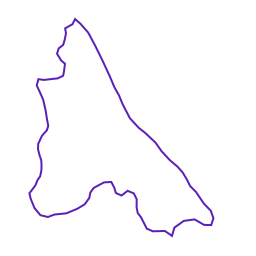 Koma tou Gialou, Cyprus (orthographic projection), rotated 277°
{"feature_id": "46923920B1495178663042", "entity_name": "Koma tou Gialou", "entity_type": "district", "adm_level": 2, "iso_a3": "CYP", "parent_name": "Cyprus", "parent_adm1": "", "projection": "orthographic", "projection_center": [34.126, 35.419], "detail": "fine", "context": "isolated", "style": "outline", "palette": "violet", "viewbox_px": 256, "rotation_deg": 277, "n_neighbors": 0, "source": "geoboundaries", "source_scale": "gbopen_adm2", "svg_char_len": 1147}
<svg xmlns="http://www.w3.org/2000/svg" viewBox="0 0 256 256"><g transform="rotate(277 128 128)"><path d="M165.5,33.1L159.2,32.2L151.1,37.2L145.6,40.4L135.7,44.0L127.6,46.3L120.3,48.6L115.8,47.7L109.9,43.6L101.3,40.8L95.9,41.3L90.0,43.6L85.5,45.8L80.6,46.7L75.6,47.2L69.3,46.7L65.2,44.5L59.8,43.1L51.2,38.1L46.2,39.9L37.2,44.9L30.8,51.7L29.9,59.4L33.1,65.4L35.8,77.2L41.7,87.6L47.1,94.4L53.9,98.1L59.3,98.5L64.3,101.2L71.1,110.8L72.4,118.0L67.0,121.7L62.0,123.9L60.2,129.8L65.6,135.3L63.8,141.7L58.4,145.3L50.3,146.2L44.8,148.0L41.2,151.6L35.8,155.3L30.4,158.9L28.5,165.3L29.4,171.2L30.3,177.1L26.3,184.8L34.8,186.2L42.6,194.7L45.4,205.3L41.1,215.3L41.8,222.4L48.9,223.8L56.0,220.2L62.3,212.4L72.9,203.2L77.9,196.8L84.2,192.6L90.6,187.6L95.6,181.9L101.2,173.4L109.0,164.2L116.8,157.1L125.2,145.7L129.5,138.6L137.9,128.7L151.4,119.5L159.1,115.2L166.9,109.5L176.8,103.8L191.6,94.6L205.7,85.4L217.8,76.9L225.5,68.3L229.7,62.2L224.3,60.3L219.3,53.5L214.4,54.9L207.6,54.4L202.6,53.5L198.5,49.5L193.1,48.5L186.8,53.5L184.1,57.6L176.4,57.6L171.9,57.2L168.7,52.2L166.9,44.5L165.5,39.0L165.5,33.1Z" fill="none" stroke="#5b21b6" stroke-width="2"/></g></svg>